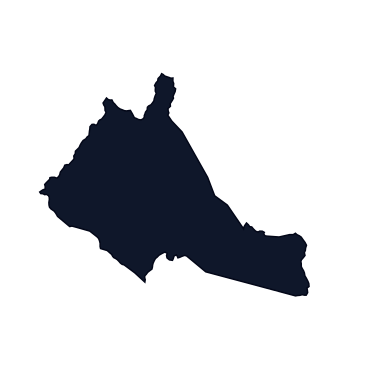 Poções, Bahia, Brazil, rotated 200°
{"feature_id": "56859067B76293863784354", "entity_name": "Poções", "entity_type": "district", "adm_level": 2, "iso_a3": "BRA", "parent_name": "Brazil", "parent_adm1": "Bahia", "projection": "albers", "projection_center": [-40.358, -14.57], "detail": "fine", "context": "isolated", "style": "filled", "palette": "ink", "viewbox_px": 384, "rotation_deg": 200, "n_neighbors": 0, "source": "geoboundaries", "source_scale": "gbopen_adm2", "svg_char_len": 3186}
<svg xmlns="http://www.w3.org/2000/svg" viewBox="0 0 384 384"><g transform="rotate(200 192 192)"><path d="M66.2,181.1L68.6,183.3L71.3,185.1L74.0,187.0L76.4,187.6L78.7,187.8L80.7,188.6L82.3,186.6L85.6,185.4L93.4,180.4L94.8,179.5L106.4,176.2L108.4,175.8L110.3,177.1L110.2,178.8L112.5,179.2L115.0,178.4L116.2,177.0L118.7,176.9L121.7,178.3L123.9,179.6L126.0,179.2L127.8,180.5L130.2,181.5L130.9,178.9L131.2,177.2L130.9,175.0L154.3,191.8L169.4,196.2L170.8,197.8L182.3,211.1L220.3,243.7L221.8,245.0L235.2,251.7L241.0,255.9L240.8,258.4L242.1,260.0L243.1,262.2L241.6,265.2L242.7,267.6L242.2,269.9L241.8,271.7L241.5,273.9L242.5,275.2L242.4,278.1L242.2,280.5L242.7,283.4L245.4,284.4L246.3,287.7L247.9,289.6L248.9,292.6L250.8,291.7L252.5,291.8L254.9,291.7L257.5,291.7L259.1,292.5L261.0,292.8L261.3,290.1L262.7,287.0L262.2,284.6L263.1,282.5L263.6,279.3L262.1,277.8L261.6,275.9L261.0,274.2L259.3,272.5L259.5,269.8L259.4,266.9L259.0,264.6L259.6,262.3L260.4,259.9L262.2,258.0L262.9,256.4L262.2,253.8L263.0,251.2L262.9,249.3L263.0,247.6L262.4,245.8L263.1,243.9L264.6,242.3L267.1,241.8L269.7,242.1L271.6,242.1L273.3,243.7L274.7,245.0L276.5,246.5L277.8,247.6L279.6,246.7L281.2,245.8L283.3,245.3L285.9,245.4L287.9,245.4L290.5,246.0L292.9,247.2L294.7,248.3L296.6,249.1L298.7,251.1L300.5,250.4L302.2,250.2L304.5,251.1L305.3,247.9L306.0,245.2L304.7,243.6L303.0,242.3L302.2,240.4L301.6,238.9L300.0,237.5L300.2,234.7L301.1,231.8L301.9,229.5L303.2,228.3L304.0,226.7L304.0,223.9L304.8,221.8L307.3,222.1L309.1,221.3L310.2,218.5L309.6,216.4L309.2,214.2L308.6,211.8L308.1,209.7L309.3,208.0L310.0,205.6L311.9,203.2L312.7,200.4L313.1,198.0L313.3,195.1L314.2,193.2L315.5,190.5L314.8,188.1L315.4,185.4L314.2,183.1L314.6,181.5L315.5,179.4L316.5,177.0L317.0,175.5L319.0,174.9L320.7,173.7L320.8,170.8L321.7,168.2L322.5,165.7L322.2,163.0L322.6,160.9L323.7,158.8L326.2,158.8L328.8,157.9L330.4,156.9L330.1,155.2L331.2,152.9L332.2,150.7L333.0,148.7L331.8,146.9L331.0,144.5L332.8,143.1L333.8,141.8L335.1,139.9L333.6,138.8L331.3,139.4L329.6,139.1L327.8,140.0L325.6,139.5L324.4,138.3L323.5,136.2L322.9,133.2L321.9,130.8L320.7,129.0L318.8,127.9L316.9,127.4L315.0,126.9L313.1,125.7L311.6,124.5L310.0,123.1L295.1,117.7L293.2,118.9L288.7,119.3L274.7,120.3L265.9,117.4L263.9,116.4L262.3,114.6L260.8,112.4L259.7,109.3L258.6,107.6L251.7,108.0L250.1,107.4L248.4,106.7L246.2,105.9L244.5,104.4L243.1,103.6L241.2,103.4L239.1,102.9L237.0,101.9L234.9,100.7L232.9,100.1L230.9,100.3L218.2,96.5L205.5,91.2L206.0,93.7L207.1,95.2L207.7,97.1L206.9,98.8L206.2,101.3L204.8,103.6L203.3,105.8L203.5,107.9L204.0,109.8L204.2,111.7L204.0,114.6L203.6,117.0L202.5,118.8L201.4,121.3L198.8,124.4L196.9,126.3L194.3,125.9L194.2,123.6L192.9,121.5L190.0,120.5L187.0,121.1L186.8,123.1L187.0,125.7L185.2,127.6L183.9,126.6L182.7,125.3L181.0,126.6L179.5,128.1L177.3,129.9L175.3,130.1L151.8,121.7L99.8,126.3L59.2,129.8L57.5,130.8L55.3,131.8L53.3,133.2L51.1,133.5L49.4,134.1L48.9,137.0L49.8,138.8L51.1,141.1L49.7,143.2L50.9,145.9L52.5,147.7L55.2,150.2L57.3,151.9L58.7,154.4L60.2,156.1L62.5,158.0L63.8,159.3L64.9,162.2L65.9,163.8L66.0,165.6L64.9,168.5L64.1,171.0L65.7,173.5L65.5,175.8L66.1,178.3L66.2,181.1Z" fill="#0f172a" stroke="#020617" stroke-width="1.5"/></g></svg>